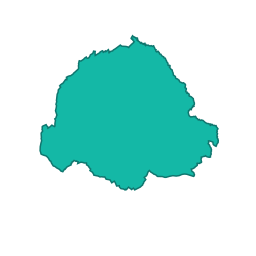 outline of Nong Mamong, Chai Nat, Thailand, rotated 42°
{"feature_id": "78962969B54386166532086", "entity_name": "Nong Mamong", "entity_type": "district", "adm_level": 2, "iso_a3": "THA", "parent_name": "Thailand", "parent_adm1": "Chai Nat", "projection": "robinson", "projection_center": [99.839, 15.23], "detail": "fine", "context": "isolated", "style": "filled", "palette": "teal", "viewbox_px": 256, "rotation_deg": 42, "n_neighbors": 0, "source": "geoboundaries", "source_scale": "gbopen_adm2", "svg_char_len": 5656}
<svg xmlns="http://www.w3.org/2000/svg" viewBox="0 0 256 256"><g transform="rotate(42 128 128)"><path d="M80.6,205.5L81.8,205.3L84.1,204.4L85.2,203.8L86.3,203.5L88.6,203.6L91.6,204.6L92.2,204.6L92.6,204.3L93.4,204.6L94.4,205.2L97.8,206.2L99.8,205.4L101.5,205.4L104.8,204.6L107.0,204.9L108.8,204.1L108.4,201.0L108.9,200.8L108.7,198.3L108.9,197.1L110.4,193.5L109.9,193.0L109.5,192.4L109.8,192.1L109.2,190.4L109.6,190.1L109.6,188.2L111.6,187.6L111.8,187.4L111.9,186.9L113.1,186.8L113.5,186.5L114.0,187.2L114.4,188.0L115.5,185.6L116.0,184.8L117.9,183.6L118.7,183.4L120.6,181.8L121.8,183.1L124.1,182.8L124.7,182.9L125.3,183.3L127.7,183.5L128.2,185.1L131.2,184.7L133.2,185.3L134.2,185.9L138.1,183.6L139.8,183.2L141.3,181.6L142.3,181.1L143.5,179.9L146.0,180.7L149.3,178.6L152.6,179.6L153.4,176.7L155.0,177.1L158.4,178.7L160.1,176.7L160.8,177.4L161.3,177.6L163.3,177.8L164.7,176.9L165.1,176.4L167.3,176.0L167.3,175.0L168.1,174.8L168.0,171.6L171.9,171.3L172.0,170.2L172.3,169.1L174.4,169.5L176.7,163.5L176.7,162.6L177.0,160.5L176.5,159.7L176.5,158.7L175.9,157.6L175.7,154.4L174.5,154.2L173.1,153.8L173.7,151.2L173.3,149.6L172.5,147.9L172.3,146.9L172.3,145.3L174.4,145.5L176.4,145.1L178.1,145.0L179.8,144.2L182.1,144.3L182.5,144.1L186.0,141.1L188.4,140.0L189.2,139.3L191.2,136.1L193.2,133.4L196.0,131.4L197.9,129.1L199.1,126.5L200.0,125.3L201.0,124.2L202.7,123.0L209.1,120.1L209.2,119.3L208.8,118.9L208.8,118.5L208.6,118.2L208.1,118.1L207.1,117.3L205.4,117.2L204.6,117.5L202.5,116.2L203.2,115.3L203.7,114.1L204.1,112.6L203.9,112.0L204.4,110.0L204.4,109.4L203.9,108.8L203.0,108.1L203.3,107.6L204.1,107.2L205.0,106.3L204.8,105.9L205.6,104.5L205.4,104.0L205.0,104.1L204.2,103.1L203.6,102.8L202.9,101.9L202.7,101.1L202.0,100.7L202.9,99.2L203.1,98.6L204.0,97.7L204.1,96.8L205.4,96.7L206.8,96.1L208.2,95.2L208.7,94.4L207.7,93.3L207.5,92.2L207.1,91.5L206.7,91.4L205.5,89.9L205.4,89.2L204.8,88.9L204.4,88.1L203.6,87.8L203.1,87.3L201.5,87.0L200.1,86.2L199.2,86.1L198.7,86.2L198.0,85.9L197.8,84.9L197.5,84.7L196.5,83.7L197.7,82.8L200.4,81.7L200.8,81.9L202.0,83.0L202.6,83.2L203.8,83.2L205.7,82.7L205.6,81.9L205.1,81.5L204.8,80.0L204.7,78.6L204.2,77.8L203.8,77.7L203.5,76.9L202.8,76.4L202.4,76.4L201.7,75.7L201.3,75.8L200.8,75.7L200.7,75.4L200.4,75.2L200.2,74.5L200.0,74.4L199.7,74.6L198.9,73.8L198.6,72.8L198.4,72.7L198.2,72.2L196.8,71.8L196.6,71.1L196.6,70.8L196.0,70.5L195.7,70.2L195.4,68.4L193.5,68.0L192.8,68.0L192.1,67.4L191.8,67.3L191.1,68.1L190.4,68.2L189.6,69.1L188.3,69.0L187.9,69.1L187.7,70.7L187.5,71.0L187.2,70.9L186.9,70.2L186.6,69.9L186.2,70.1L185.7,70.7L184.6,71.0L183.5,71.9L182.5,72.0L181.7,72.2L178.6,72.2L178.0,72.6L177.4,72.7L177.1,73.6L176.7,74.0L175.4,73.8L175.0,74.8L174.7,75.0L173.5,74.6L172.2,75.0L171.3,74.4L170.2,74.2L170.0,74.4L169.8,75.3L168.9,75.6L168.5,76.5L167.8,77.0L167.4,77.8L165.5,78.0L164.5,77.6L162.3,76.1L162.1,75.8L162.0,75.1L161.4,74.6L161.7,73.4L161.5,72.4L161.8,72.2L162.6,72.2L162.8,72.0L162.0,71.0L161.9,70.6L162.2,69.7L161.5,68.7L162.4,68.1L162.5,67.6L161.6,67.3L161.5,66.1L160.6,65.0L159.5,64.5L158.8,63.9L158.2,63.7L156.9,62.5L154.2,62.5L153.0,62.8L152.3,63.3L151.7,63.1L151.1,62.2L150.1,61.8L149.6,61.9L148.7,62.7L148.3,62.0L147.9,61.8L146.9,62.3L146.6,62.3L146.2,62.0L145.6,60.5L145.0,59.7L144.6,59.6L143.4,59.9L142.0,57.6L141.3,57.1L140.6,57.3L139.1,57.2L138.3,58.2L137.1,58.5L136.1,59.0L134.8,58.8L134.0,58.3L132.7,58.5L132.1,58.4L130.6,59.1L130.0,59.0L128.7,58.0L126.4,58.3L124.5,56.8L123.4,56.4L122.1,55.4L121.7,55.3L120.6,55.7L119.6,55.2L118.3,55.2L117.9,53.9L117.4,53.5L116.8,53.7L116.2,54.6L115.9,54.6L114.2,53.1L112.8,53.0L111.8,52.4L110.8,52.1L109.0,51.2L107.7,51.8L106.8,51.2L105.9,51.6L104.7,51.7L103.0,51.2L102.0,51.8L101.5,51.6L100.9,51.1L100.3,51.1L99.0,50.8L98.8,50.9L98.8,51.6L98.3,52.3L97.7,52.3L96.9,52.0L96.6,51.1L95.3,51.3L93.4,50.3L92.6,50.3L92.0,49.8L91.8,50.0L91.5,51.0L90.1,51.3L89.7,52.1L88.6,52.8L87.5,52.9L87.3,53.4L86.9,53.5L86.2,54.1L86.0,54.9L85.8,54.8L85.7,54.3L85.0,54.8L84.7,54.0L84.1,54.3L83.8,53.9L83.4,54.5L83.7,54.9L83.4,55.5L83.0,55.6L82.6,55.3L82.3,55.5L81.8,55.5L81.7,55.6L81.8,55.9L81.3,56.0L80.8,55.7L80.5,56.7L79.2,56.2L78.1,56.5L77.3,56.3L76.8,56.7L76.1,56.7L76.0,56.4L75.8,56.4L75.9,56.1L75.9,55.6L75.4,55.5L75.2,55.2L74.8,54.9L74.3,55.1L74.0,55.6L73.5,56.0L73.1,55.8L72.3,56.0L71.9,56.4L71.4,56.2L70.9,56.5L69.7,56.4L70.1,58.7L70.4,58.9L70.8,58.8L70.9,59.0L70.7,59.4L71.2,59.5L71.4,59.2L72.0,59.1L72.3,58.9L72.8,59.5L74.9,59.8L74.9,61.9L74.6,63.4L74.6,65.1L74.4,66.6L74.7,67.7L73.4,68.0L72.0,68.7L68.6,71.4L66.8,71.5L65.6,77.6L64.9,79.8L65.0,80.9L63.8,82.8L63.6,84.4L63.3,84.1L63.1,84.4L62.4,83.6L61.0,82.9L60.5,86.1L59.7,85.8L59.0,88.3L57.5,87.6L57.0,88.4L56.4,90.4L56.7,90.8L55.1,96.0L52.9,93.9L52.4,93.0L51.0,93.9L51.5,95.0L51.9,96.2L51.1,98.8L51.6,100.1L51.9,101.7L51.8,102.4L51.4,103.2L51.0,103.4L50.1,103.5L49.5,103.2L49.0,105.1L49.0,106.7L48.2,109.8L46.8,110.6L46.9,111.2L47.4,111.6L48.1,113.2L49.0,113.9L49.5,114.9L51.4,116.7L51.6,117.5L51.1,122.5L50.9,123.6L51.1,124.6L50.4,127.6L49.5,128.6L48.7,130.2L48.3,131.5L49.2,131.8L50.2,133.1L49.8,133.4L49.1,133.7L49.3,134.6L49.7,138.6L49.4,139.0L49.0,140.9L49.0,142.4L50.6,142.7L50.7,146.3L52.2,148.3L52.5,149.4L52.8,150.3L56.5,155.5L57.4,156.1L58.6,158.6L59.9,159.2L61.2,161.1L62.6,163.7L66.6,166.0L66.9,167.1L67.6,168.4L67.7,169.1L67.5,170.2L69.0,170.9L70.6,173.4L72.3,175.4L72.5,176.0L72.2,176.3L69.5,176.8L69.2,179.7L68.6,181.7L67.6,180.8L66.2,180.8L64.9,180.3L63.5,183.3L63.3,184.2L63.6,184.7L64.8,186.0L65.1,186.6L66.3,187.2L66.7,187.6L66.8,189.6L67.1,190.2L70.1,193.1L70.5,193.9L72.1,195.0L72.6,195.7L73.4,197.4L75.3,200.6L77.9,203.7L80.1,205.0L80.6,205.5Z" fill="#14b8a6" stroke="#0f766e" stroke-width="1.5"/></g></svg>